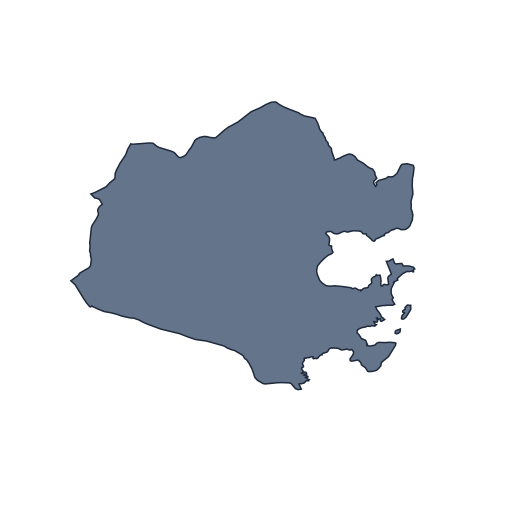 the district of Mtwara, Mtwara, United Republic of Tanzania, rotated 67°
{"feature_id": "72390352B92435052932896", "entity_name": "Mtwara", "entity_type": "district", "adm_level": 2, "iso_a3": "TZA", "parent_name": "United Republic of Tanzania", "parent_adm1": "Mtwara", "projection": "equal_earth", "projection_center": [40.045, -10.477], "detail": "fine", "context": "isolated", "style": "filled", "palette": "slate", "viewbox_px": 512, "rotation_deg": 67, "n_neighbors": 0, "source": "geoboundaries", "source_scale": "gbopen_adm2", "svg_char_len": 6153}
<svg xmlns="http://www.w3.org/2000/svg" viewBox="0 0 512 512"><g transform="rotate(67 256 256)"><path d="M103.8,327.4L107.7,332.5L111.4,335.9L112.9,337.8L117.3,344.7L122.5,351.0L125.3,353.6L128.7,355.1L129.8,356.1L131.4,361.8L133.7,366.9L134.6,379.6L134.4,383.8L139.6,381.8L140.4,380.3L142.7,378.0L148.3,377.3L149.3,380.6L150.8,382.9L152.4,384.0L155.7,384.6L156.7,385.2L159.6,388.7L163.8,394.9L165.8,396.6L179.1,404.0L182.1,404.9L186.3,407.2L189.3,407.4L191.2,408.3L194.7,408.8L200.6,412.4L201.6,414.8L202.6,423.1L203.0,425.3L204.1,426.6L204.5,427.8L206.5,436.1L211.8,433.7L227.2,431.4L232.6,430.4L237.6,428.9L238.3,428.1L237.8,426.5L238.6,426.2L243.1,422.2L247.8,417.5L251.3,412.1L255.2,407.0L258.7,403.2L262.6,397.8L264.4,395.1L265.4,392.7L267.2,391.0L269.0,388.9L273.8,385.0L277.0,381.8L286.0,372.3L297.8,356.5L303.6,350.6L308.7,344.9L310.0,343.1L315.0,334.7L326.5,320.4L329.1,318.7L332.1,315.8L334.8,312.5L341.7,307.4L343.4,306.6L345.0,306.7L346.4,306.2L347.9,305.2L352.1,304.3L359.0,303.8L367.5,304.5L371.0,303.2L376.2,299.3L377.4,297.5L380.8,286.5L382.4,282.2L385.6,275.4L386.9,273.6L386.5,273.7L393.6,271.5L395.5,269.4L396.3,266.3L390.6,266.5L390.7,265.2L391.3,264.6L391.7,261.2L390.5,258.6L391.4,256.4L390.7,256.3L390.6,255.4L389.5,256.5L387.2,257.8L387.6,256.5L387.6,255.4L387.0,255.3L384.3,258.4L384.0,257.5L384.7,256.2L384.6,255.5L383.2,255.3L382.3,255.7L381.7,257.1L382.2,258.5L382.1,259.5L381.8,259.9L381.3,258.3L380.8,257.8L380.1,257.6L378.0,258.2L376.8,257.7L376.9,257.0L376.5,255.5L375.2,255.2L373.4,255.5L372.6,255.0L371.4,252.9L370.7,252.1L369.2,251.8L368.9,251.2L369.6,250.0L369.7,247.8L370.3,247.1L370.3,245.2L370.7,243.6L371.1,243.0L372.1,243.5L373.0,243.3L373.4,241.1L374.0,240.7L374.2,239.9L374.1,239.0L372.7,236.4L372.5,234.1L372.8,233.8L371.7,232.8L372.2,228.6L371.9,227.2L371.6,227.1L370.1,224.8L369.9,223.1L370.1,222.2L370.7,221.9L370.7,221.0L373.2,216.3L375.3,214.7L375.9,213.9L376.7,211.4L377.1,208.8L379.3,206.4L379.4,204.4L382.5,203.6L383.9,204.5L385.6,206.5L387.5,209.7L389.1,210.2L390.2,209.0L391.5,203.2L392.2,202.2L393.5,202.0L394.2,201.4L396.1,201.2L397.4,201.5L401.7,198.9L405.6,198.3L406.4,197.6L407.6,194.3L408.2,190.9L408.2,189.3L407.8,187.9L406.1,184.4L405.1,183.4L403.3,182.5L402.8,181.5L400.4,173.3L392.7,162.5L390.9,161.3L389.9,162.3L387.5,167.0L386.2,170.9L383.5,176.7L383.4,178.9L384.5,181.4L383.4,186.5L381.7,189.0L380.8,187.9L380.1,188.5L379.8,188.1L377.0,188.0L376.1,188.3L375.5,189.1L374.0,190.2L373.6,191.1L368.5,192.0L366.3,192.9L364.4,192.2L364.1,191.5L363.6,191.2L363.3,189.2L363.4,186.0L364.1,183.4L364.1,180.9L365.4,178.5L365.4,176.5L366.9,174.2L366.8,173.2L366.2,172.0L365.8,173.0L362.5,173.2L362.8,172.2L363.6,171.7L364.1,170.3L363.2,169.3L361.3,169.1L360.3,169.4L360.3,168.6L361.4,168.4L362.2,167.8L362.3,166.3L364.4,166.9L365.2,166.1L364.8,162.4L362.7,163.3L361.6,164.2L358.6,164.3L355.0,164.9L353.3,165.6L349.5,165.8L351.2,158.4L351.8,157.2L352.6,154.4L354.7,149.3L354.6,147.1L350.9,147.7L349.0,147.6L348.6,146.6L348.0,145.9L345.0,146.3L342.4,145.9L338.8,144.2L334.4,139.1L333.8,139.4L333.5,134.8L332.2,135.0L331.8,134.4L329.6,128.0L329.2,123.1L330.2,121.2L330.8,118.2L331.9,117.9L332.1,117.1L329.8,116.3L329.9,114.9L327.9,115.4L325.9,117.8L324.6,119.8L322.6,124.5L321.4,124.4L319.8,124.7L318.3,129.1L318.3,130.0L316.7,131.3L312.2,131.0L312.2,133.0L312.7,135.5L311.8,138.1L325.5,138.4L326.6,142.2L328.0,143.4L334.0,145.0L333.5,147.4L332.1,149.1L332.3,150.3L333.0,151.3L332.8,152.3L331.7,152.5L328.8,151.3L328.1,150.7L324.2,149.6L322.1,149.3L321.0,152.3L320.2,152.6L321.2,153.8L321.3,156.5L321.8,157.9L322.7,159.1L325.9,159.9L326.5,161.1L327.0,163.3L327.6,164.1L328.4,164.6L328.7,165.5L327.9,169.3L328.1,170.6L329.0,172.6L328.9,173.2L328.1,173.0L327.6,174.6L324.6,176.8L324.1,177.8L323.8,180.0L322.3,181.0L318.4,187.4L314.1,195.3L313.2,198.3L312.0,201.0L310.6,203.2L306.4,205.8L303.2,206.9L296.8,206.8L293.8,206.2L291.7,205.0L289.2,203.3L286.7,198.6L284.3,192.3L283.5,189.1L283.5,186.1L283.2,184.6L282.6,183.7L279.1,183.6L277.8,183.3L276.9,182.6L276.2,182.6L275.5,183.8L274.2,184.6L271.0,182.5L268.4,181.4L266.6,181.5L262.5,183.0L261.7,182.2L261.6,180.6L262.7,177.4L265.6,175.6L267.1,173.3L267.7,171.1L267.5,167.3L267.7,165.3L268.5,163.7L269.4,163.2L269.9,161.8L270.6,157.4L271.1,155.9L272.9,152.1L274.1,150.1L275.2,149.4L277.0,149.0L277.8,148.1L278.7,146.0L280.1,146.1L285.3,143.5L287.1,143.0L288.6,141.6L288.2,140.3L287.2,139.1L287.3,135.2L286.9,132.1L287.3,129.9L286.4,129.8L285.7,126.8L286.1,125.1L285.3,122.6L285.0,120.1L285.4,119.9L285.5,118.5L285.2,116.1L286.8,113.5L288.4,112.3L289.7,109.0L289.9,107.6L289.5,105.2L288.5,102.8L284.0,98.1L279.2,95.4L278.7,95.6L276.9,95.0L272.8,94.7L269.7,93.1L266.5,92.1L260.0,87.2L251.9,84.6L244.9,81.2L243.3,79.9L237.2,76.4L235.8,75.9L233.9,75.9L230.1,80.8L228.7,85.7L229.4,87.4L235.2,94.1L236.5,98.9L235.6,101.7L234.6,103.2L235.4,105.8L234.4,113.7L235.4,116.9L237.5,116.8L238.7,118.6L234.8,119.3L233.1,118.1L231.7,114.5L227.9,114.7L225.5,114.0L221.5,114.7L220.0,116.5L217.4,118.4L212.5,121.0L207.3,125.1L203.3,126.0L201.2,127.2L199.3,129.0L198.3,131.3L198.2,137.1L198.6,140.6L198.4,142.8L198.6,144.3L198.3,146.3L197.7,146.0L189.1,145.4L187.5,144.8L186.1,144.7L182.6,146.0L179.6,145.5L177.6,146.3L176.4,146.4L174.2,146.1L170.2,146.7L168.8,146.3L167.0,147.3L163.5,147.9L161.7,147.5L157.4,147.3L152.3,147.8L145.8,156.9L142.3,160.0L140.7,160.9L134.6,167.3L129.7,172.1L125.6,175.4L122.3,177.3L121.6,178.3L120.5,181.6L120.4,183.0L120.4,187.8L121.2,194.1L121.3,204.0L125.6,220.3L126.7,231.6L127.9,236.2L131.2,246.2L131.2,247.4L130.8,248.6L129.2,251.5L127.1,254.3L125.7,256.9L124.8,261.4L125.1,265.1L125.7,267.0L130.8,273.3L131.6,275.1L135.4,280.7L136.0,283.6L136.0,286.7L135.2,288.2L134.5,288.8L129.5,290.5L128.1,291.4L126.1,293.4L118.4,302.6L116.6,304.2L112.0,306.7L110.8,308.9L109.7,311.7L105.1,325.4L104.4,326.8L103.8,327.4ZM370.7,141.5L365.8,134.5L361.9,132.8L360.3,135.8L361.6,139.0L363.2,139.3L363.9,142.5L364.9,142.9L366.3,141.5L368.1,145.1L370.2,146.5L371.1,146.4L371.7,144.6L370.7,141.5ZM382.5,157.2L382.8,155.1L382.1,153.0L379.6,151.7L379.3,156.2L379.9,157.3L381.3,158.1L382.5,157.2Z" fill="#64748b" stroke="#1e293b" stroke-width="1.5"/></g></svg>